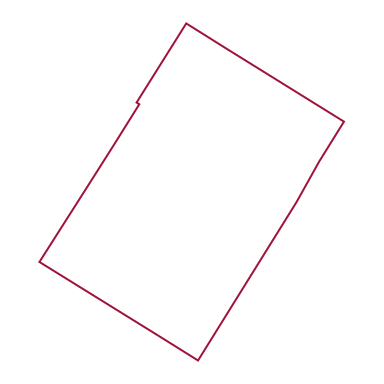 the district of Kandiyohi, Minnesota, United States of America, rotated 32°
{"feature_id": "52423323B77722174997843", "entity_name": "Kandiyohi", "entity_type": "district", "adm_level": 2, "iso_a3": "USA", "parent_name": "United States of America", "parent_adm1": "Minnesota", "projection": "orthographic", "projection_center": [-95.062, 45.152], "detail": "fine", "context": "isolated", "style": "outline", "palette": "rose", "viewbox_px": 384, "rotation_deg": 32, "n_neighbors": 0, "source": "geoboundaries", "source_scale": "gbopen_adm2", "svg_char_len": 312}
<svg xmlns="http://www.w3.org/2000/svg" viewBox="0 0 384 384"><g transform="rotate(32 192 192)"><path d="M97.8,52.1L97.6,145.5L100.8,145.5L100.8,191.9L100.5,238.7L99.7,332.2L238.2,331.7L286.4,331.7L286.0,145.2L283.7,98.4L283.6,51.8L144.4,52.2L97.8,52.1Z" fill="none" stroke="#9f1239" stroke-width="2"/></g></svg>